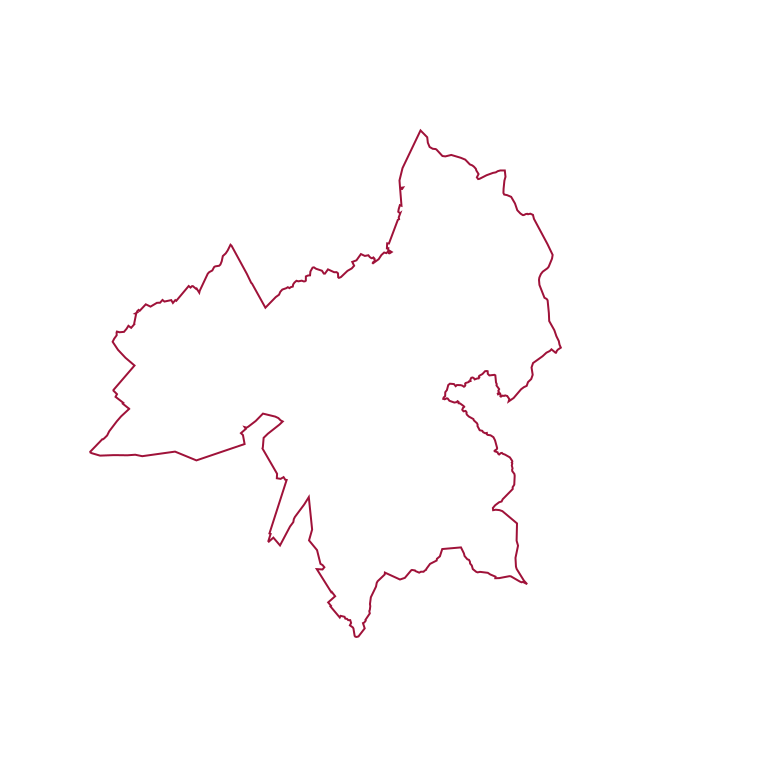 the district of Sayula, Jalisco, Mexico, rotated 220°
{"feature_id": "50627088B35146246473930", "entity_name": "Sayula", "entity_type": "district", "adm_level": 2, "iso_a3": "MEX", "parent_name": "Mexico", "parent_adm1": "Jalisco", "projection": "robinson", "projection_center": [-103.599, 19.857], "detail": "fine", "context": "isolated", "style": "outline", "palette": "rose", "viewbox_px": 768, "rotation_deg": 220, "n_neighbors": 0, "source": "geoboundaries", "source_scale": "gbopen_adm2", "svg_char_len": 6166}
<svg xmlns="http://www.w3.org/2000/svg" viewBox="0 0 768 768"><g transform="rotate(220 384 384)"><path d="M250.3,177.1L244.6,172.2L243.5,172.0L242.4,172.6L241.3,174.2L241.7,184.4L246.4,187.3L245.8,188.7L245.9,191.0L246.6,191.4L247.4,199.1L249.3,200.6L249.7,201.9L251.7,205.0L253.3,206.4L257.0,212.2L259.9,223.7L261.7,226.9L262.1,228.8L261.0,238.5L262.1,240.1L246.1,244.5L243.4,248.9L243.4,258.8L243.1,259.5L240.4,261.1L239.7,260.9L235.8,262.1L235.0,264.0L233.0,265.6L232.9,267.1L232.3,268.8L232.7,269.5L233.1,275.8L230.2,282.6L231.1,284.1L230.4,287.9L233.3,295.0L220.0,308.3L213.9,305.6L211.7,304.0L207.5,303.3L205.9,303.9L204.1,303.2L202.6,301.8L200.1,301.4L197.0,299.3L192.5,299.4L191.2,299.9L189.7,301.8L183.1,306.1L180.2,306.4L174.7,308.1L173.9,306.8L171.1,309.2L164.4,317.4L163.2,318.2L152.9,320.0L151.2,320.5L150.3,321.7L145.7,322.7L150.4,323.3L163.5,327.6L165.5,328.9L171.5,335.3L177.4,346.3L181.7,349.2L192.5,362.7L211.6,362.7L214.5,361.6L217.6,359.5L219.3,357.5L220.9,359.0L220.9,362.6L219.8,367.4L218.4,369.6L219.0,372.0L217.9,386.3L219.1,387.6L219.5,390.6L224.9,397.7L226.3,398.9L229.7,399.7L230.7,400.6L231.3,402.0L233.7,403.7L234.6,405.5L235.6,405.9L235.7,406.9L236.4,407.5L240.4,408.7L245.9,407.7L248.2,406.9L249.4,407.0L250.1,406.1L250.5,404.0L251.9,404.0L253.1,404.7L256.0,403.6L256.4,404.0L255.7,406.5L256.1,407.6L262.7,412.2L266.0,413.6L269.4,413.2L271.8,411.7L272.8,411.6L273.8,412.6L274.7,411.4L277.0,410.8L278.6,411.3L281.0,410.1L285.4,411.9L286.1,413.0L287.5,413.7L291.8,413.9L293.0,414.6L298.1,413.6L300.8,413.8L301.8,414.3L302.5,415.4L304.2,415.8L305.5,414.2L306.9,414.4L307.5,414.6L308.1,416.3L307.9,418.1L308.8,418.3L313.2,418.0L314.5,417.2L315.4,418.2L316.6,418.1L316.7,416.8L318.2,415.0L323.1,413.2L325.9,413.8L326.7,413.4L327.7,411.3L329.1,410.7L329.6,412.0L329.4,414.1L331.8,417.1L331.9,419.8L334.1,424.5L333.7,426.6L330.4,428.9L327.7,428.4L327.5,430.0L324.7,432.3L323.0,433.1L321.0,433.3L320.7,434.1L320.9,435.3L322.1,436.5L322.1,437.2L320.4,439.9L320.6,440.8L319.6,441.9L320.7,442.9L321.1,444.9L320.2,446.0L318.8,446.2L317.5,445.8L316.0,448.4L315.1,449.1L315.2,450.3L316.0,450.6L316.3,451.5L315.0,454.9L314.8,458.8L313.5,460.1L312.8,460.4L311.0,458.5L308.8,458.3L305.3,462.0L304.3,462.2L299.2,457.2L297.6,456.4L296.9,455.2L292.5,454.1L292.0,452.2L290.8,451.7L290.5,451.1L290.7,449.8L290.0,449.4L289.0,451.3L288.0,450.9L286.9,449.4L286.3,449.5L285.6,451.4L284.4,452.0L283.9,453.1L281.9,454.0L278.3,453.0L277.3,450.8L275.7,456.6L275.6,468.1L274.8,471.5L273.5,474.3L274.9,478.0L274.4,482.4L276.0,486.6L281.6,491.5L283.3,495.9L280.4,507.1L279.7,512.4L278.2,515.9L278.0,518.2L272.7,518.2L272.3,518.6L272.9,520.3L272.9,522.1L271.9,525.5L274.9,527.0L277.6,529.2L282.6,531.4L288.1,534.7L297.9,538.4L303.3,544.3L312.5,553.3L314.1,553.7L316.5,553.2L328.6,559.8L332.2,563.4L333.4,565.4L334.5,569.1L334.6,572.1L333.2,577.7L333.2,579.6L335.9,588.1L337.8,591.3L348.6,596.2L375.3,606.9L378.6,609.3L381.4,608.5L382.8,606.6L383.6,606.5L384.5,605.5L385.5,603.3L386.3,602.6L389.1,602.3L393.6,602.8L399.7,606.5L406.9,609.1L411.1,607.8L413.7,606.4L415.3,607.1L417.8,610.3L422.5,617.2L424.1,620.8L428.7,625.2L432.2,622.3L433.7,620.1L434.4,618.0L436.2,615.8L439.6,609.9L442.7,602.6L443.6,601.5L445.7,602.0L446.5,605.6L450.5,606.9L452.0,607.9L454.8,608.3L456.9,608.2L459.4,607.4L466.0,608.1L470.7,606.6L479.7,602.7L483.3,597.8L485.8,596.2L494.4,597.3L495.4,597.2L497.9,595.5L501.4,594.9L505.5,597.0L509.5,600.8L519.0,601.7L508.6,561.3L503.0,549.9L497.7,544.5L495.7,546.8L495.5,545.0L497.1,543.9L485.2,531.8L486.8,531.2L485.2,527.5L483.8,525.1L481.5,525.1L481.4,525.5L479.8,521.1L478.4,520.0L478.9,518.6L470.5,494.8L472.0,493.8L469.0,489.8L468.0,490.8L467.0,489.4L463.0,490.0L463.7,487.7L464.4,487.3L466.1,488.3L466.3,485.8L468.4,484.8L468.9,481.1L468.3,476.2L470.2,468.7L470.6,470.3L470.2,471.4L470.4,473.0L471.4,473.1L471.8,473.9L473.5,474.1L473.8,473.0L474.5,472.3L476.6,472.1L478.7,472.6L481.0,469.8L485.2,468.7L484.6,461.0L486.8,457.1L482.9,455.4L483.0,451.8L484.7,447.2L485.7,438.3L486.4,436.9L486.8,436.3L487.7,436.3L490.4,439.2L492.2,439.2L494.0,437.6L500.6,435.8L500.2,430.6L501.1,429.9L504.3,430.9L510.1,428.6L512.7,428.3L513.5,427.2L512.7,422.9L510.5,419.7L512.0,418.2L513.0,416.2L510.3,412.9L510.6,411.8L511.4,411.0L513.4,410.3L515.6,407.6L517.4,406.8L517.8,404.1L517.6,401.9L516.5,400.0L517.7,398.2L518.0,396.7L519.9,396.3L520.5,394.5L522.6,391.0L522.7,388.0L521.8,384.9L522.8,381.0L523.9,366.2L549.7,376.1L550.7,376.1L559.8,380.2L589.6,391.9L591.1,392.0L589.6,385.9L589.2,382.3L589.7,378.4L587.2,373.7L586.1,370.3L586.3,368.6L588.9,365.6L589.3,364.4L588.5,360.6L589.8,357.3L589.9,355.2L585.1,337.0L584.2,335.2L588.9,336.7L589.0,336.1L593.3,336.1L594.0,335.5L594.2,333.5L596.6,333.5L596.6,314.2L597.8,314.1L597.8,310.4L600.9,311.5L605.2,306.0L607.7,306.0L607.8,302.3L610.1,300.3L612.6,293.2L617.7,291.9L618.2,283.0L619.6,283.0L619.8,281.0L618.9,280.7L619.8,278.1L619.0,278.5L614.0,269.3L613.7,269.3L613.8,264.5L617.2,264.3L616.7,260.8L616.7,256.8L619.9,253.6L622.3,252.5L622.0,251.6L620.1,249.5L619.8,245.2L619.0,241.9L609.8,239.2L598.9,237.9L587.0,237.8L587.4,205.5L587.0,205.0L582.0,204.6L581.4,201.6L571.5,202.0L571.5,201.0L563.3,201.2L563.1,202.1L564.6,190.2L564.7,183.7L564.1,171.1L563.0,166.6L563.4,162.4L563.8,160.9L564.3,160.6L565.5,143.3L564.8,142.8L563.5,143.1L555.5,146.6L545.1,156.0L534.7,164.5L529.1,169.9L522.8,173.3L500.6,197.9L478.6,204.9L452.2,248.4L459.2,254.2L462.0,254.4L461.0,260.8L463.0,261.4L461.2,262.2L460.5,264.2L458.5,273.2L457.7,283.5L446.4,289.1L443.0,290.0L439.8,289.7L437.5,290.2L438.0,285.7L441.0,271.3L441.6,265.4L436.1,257.6L435.7,256.5L408.2,246.5L405.5,242.9L402.2,244.9L401.1,248.1L398.1,247.2L396.9,247.9L375.7,195.9L374.5,196.3L371.6,189.3L370.9,189.2L370.0,195.2L359.9,193.5L364.4,214.5L364.7,219.9L366.2,222.5L366.8,224.9L367.7,240.5L368.9,249.0L345.5,226.3L340.9,216.0L328.5,213.7L317.1,205.4L314.7,205.8L311.9,205.3L311.9,202.4L316.5,199.0L290.5,190.6L290.4,191.2L285.0,190.0L286.4,180.8L282.0,180.0L282.1,179.2L267.8,176.7L268.2,178.5L264.6,180.3L262.8,179.4L261.4,180.3L259.6,180.1L258.1,181.4L255.6,179.8L255.0,177.2L251.5,177.5L250.3,177.1Z" fill="none" stroke="#9f1239" stroke-width="2"/></g></svg>